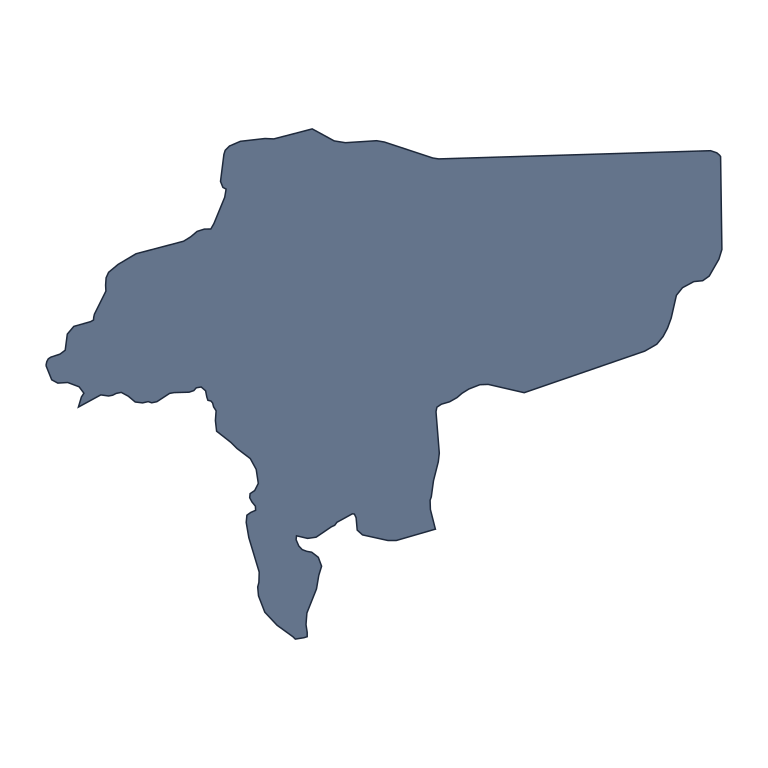 map outline of Esfahan (Mercator projection)
{"feature_id": "IRN-3211", "entity_name": "Esfahan", "entity_type": "Province", "adm_level": 1, "iso_a3": "IRN", "parent_name": "Iran", "parent_adm1": "", "projection": "mercator", "projection_center": [51.611, 32.657], "detail": "fine", "context": "isolated", "style": "filled", "palette": "slate", "viewbox_px": 768, "rotation_deg": 0, "n_neighbors": 0, "source": "natural_earth", "source_scale": "10m", "svg_char_len": 2032}
<svg xmlns="http://www.w3.org/2000/svg" viewBox="0 0 768 768"><path d="M108.6,272.3L118.1,264.4L136.1,253.7L183.6,241.2L190.7,236.8L197.1,231.4L204.3,229.1L210.8,229.0L213.9,223.6L224.7,197.3L226.1,189.1L222.9,187.4L220.5,181.4L223.9,154.4L225.2,150.3L229.5,146.0L240.4,141.3L265.0,138.5L273.8,138.9L312.2,128.9L334.2,140.9L345.4,142.7L376.6,140.7L384.3,142.0L432.8,158.0L438.7,158.9L710.6,150.7L716.8,152.8L719.6,155.2L720.6,156.6L721.9,249.5L718.9,259.2L709.2,276.1L702.7,280.7L693.8,281.6L682.5,287.7L676.4,295.3L671.2,318.1L667.5,328.2L663.1,336.5L656.8,344.2L644.8,351.1L524.2,392.7L488.2,384.4L479.9,384.7L468.9,389.0L462.0,393.3L457.0,397.6L449.6,401.8L441.4,404.2L436.9,407.2L436.0,411.7L439.3,453.1L438.3,461.8L433.5,480.7L431.3,496.9L430.1,500.2L430.4,509.5L435.4,529.2L435.2,529.2L396.3,540.5L387.9,540.5L362.5,534.9L357.2,530.1L356.1,517.7L354.4,514.1L352.4,513.8L336.9,522.3L334.7,525.3L331.4,526.8L316.1,537.2L307.6,538.4L296.5,535.8L296.1,539.7L298.8,546.0L302.2,549.6L306.7,551.3L311.7,552.2L318.3,557.3L321.6,566.2L318.8,575.3L316.5,588.9L306.9,613.0L306.0,624.6L307.2,632.4L307.2,636.7L304.0,637.7L295.3,639.1L293.0,636.8L277.1,625.3L264.8,612.2L258.5,595.9L257.7,587.0L258.9,582.4L259.2,572.1L248.8,537.6L246.2,522.4L246.9,515.2L250.8,512.4L255.6,510.3L255.4,506.2L251.9,501.9L249.7,497.7L250.1,493.6L254.7,490.5L258.3,483.4L256.2,469.4L250.3,458.6L237.0,448.5L231.0,442.5L216.6,431.2L215.4,420.6L216.1,410.8L213.6,406.9L212.6,403.0L210.9,401.0L207.9,400.3L206.8,397.0L205.6,390.8L201.2,387.0L196.3,387.8L193.8,390.6L189.1,392.2L174.1,392.6L169.6,393.4L156.9,401.7L151.7,402.8L148.2,401.6L142.6,402.9L135.2,402.0L128.3,396.2L121.3,392.4L116.2,393.4L112.7,395.2L108.6,396.0L100.8,394.9L78.4,407.1L81.4,397.0L83.9,393.2L79.1,386.8L67.7,382.5L57.8,383.1L51.7,379.8L46.2,366.1L46.1,364.8L46.8,361.6L48.3,358.8L50.9,357.1L60.0,354.1L65.2,350.2L67.3,334.1L73.8,326.4L90.7,321.6L93.5,320.0L93.7,317.4L94.4,314.2L105.9,291.1L105.6,285.2L106.1,277.8L108.6,272.3Z" fill="#64748b" stroke="#1e293b" stroke-width="1.5"/></svg>